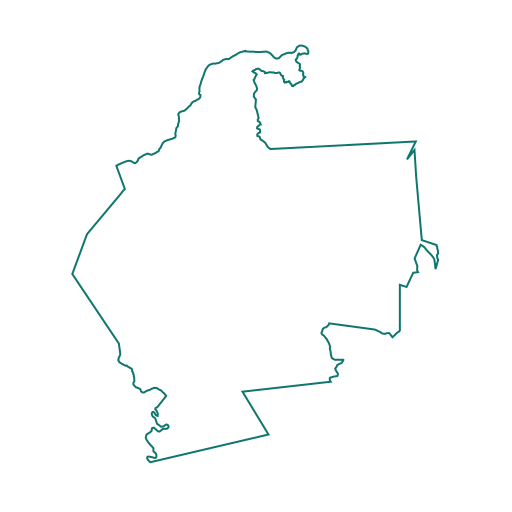 San Juan Lachao, Oaxaca, Mexico (Mercator projection), rotated 274°
{"feature_id": "50627088B81693783238627", "entity_name": "San Juan Lachao", "entity_type": "district", "adm_level": 2, "iso_a3": "MEX", "parent_name": "Mexico", "parent_adm1": "Oaxaca", "projection": "mercator", "projection_center": [-97.102, 16.205], "detail": "fine", "context": "isolated", "style": "outline", "palette": "teal", "viewbox_px": 512, "rotation_deg": 274, "n_neighbors": 0, "source": "geoboundaries", "source_scale": "gbopen_adm2", "svg_char_len": 6072}
<svg xmlns="http://www.w3.org/2000/svg" viewBox="0 0 512 512"><g transform="rotate(274 256 256)"><path d="M336.2,110.4L313.7,120.5L312.8,119.9L311.5,118.6L309.6,117.5L266.0,85.9L225.2,74.0L159.1,125.3L148.6,127.5L145.9,126.7L145.2,126.2L143.6,126.1L142.6,125.8L141.7,126.4L140.7,126.9L139.2,129.5L137.5,133.3L137.7,134.7L136.7,135.8L136.3,136.9L135.6,138.0L135.1,139.5L134.1,140.4L132.3,140.5L130.9,141.6L129.8,141.7L128.9,142.4L127.6,142.4L126.3,143.0L125.0,143.0L123.3,143.4L122.1,143.2L120.9,142.5L119.6,142.6L118.5,143.3L116.8,145.2L115.5,149.2L114.8,150.0L112.9,150.8L112.3,151.6L111.9,152.7L112.2,154.3L113.1,155.1L113.6,156.1L114.0,156.7L115.1,159.4L116.5,161.7L117.4,163.7L117.4,166.2L116.0,168.5L115.4,170.5L113.2,173.0L112.5,174.0L110.2,176.2L99.0,168.6L98.2,167.9L97.2,166.3L96.1,166.2L94.5,167.7L91.9,169.1L89.6,169.0L89.7,168.3L90.5,167.0L91.5,166.2L92.5,165.8L93.3,164.6L93.3,163.9L92.9,163.5L92.0,163.1L90.8,163.1L89.5,163.7L88.7,164.2L87.9,165.6L87.0,166.8L84.5,167.9L81.8,168.9L81.3,169.8L79.8,172.2L79.1,173.1L79.2,174.4L79.9,176.1L81.1,177.3L81.7,178.4L81.3,179.7L80.4,180.5L79.4,180.7L78.1,180.0L77.6,179.4L77.2,178.0L77.3,176.0L77.1,175.7L76.8,174.8L75.7,173.8L75.1,173.0L74.4,172.4L74.1,171.6L74.3,170.5L74.9,169.6L75.7,168.7L77.7,166.0L77.1,164.6L76.8,164.2L75.6,164.2L74.2,164.0L73.8,163.7L72.9,162.8L70.3,159.3L67.5,158.7L66.4,158.9L65.0,159.7L63.1,161.1L60.4,163.6L59.3,164.8L58.7,165.6L57.5,166.7L56.8,167.1L54.0,167.3L53.0,168.6L52.7,169.2L52.0,169.8L50.5,170.5L49.2,170.7L48.0,170.3L47.5,169.4L47.5,168.7L47.8,167.7L48.4,163.8L48.4,162.6L48.2,161.8L47.6,161.5L46.5,161.6L45.1,162.4L42.9,164.9L78.8,280.9L119.7,252.0L135.8,339.3L136.8,338.5L138.1,338.2L139.3,338.1L140.0,338.7L140.3,340.0L141.1,341.8L141.9,345.4L142.7,345.8L143.7,346.0L144.7,345.7L145.7,344.9L146.4,344.6L147.3,343.6L149.3,342.9L151.5,344.3L152.6,344.5L153.6,345.7L155.3,348.9L157.6,350.2L158.3,350.4L158.7,349.6L158.3,348.1L158.3,344.9L158.1,343.5L157.9,342.7L158.4,340.9L158.7,340.2L159.4,339.0L160.7,338.3L162.8,337.6L166.5,336.9L168.6,336.1L170.5,336.3L173.8,335.0L178.4,332.1L178.8,331.5L181.2,329.4L182.4,327.4L183.8,326.6L185.9,327.4L187.7,327.6L188.9,328.7L190.2,331.4L191.1,332.1L192.2,333.2L193.9,333.7L191.0,378.6L190.8,380.1L190.3,381.5L189.6,382.9L188.8,385.5L187.8,386.5L187.5,387.4L187.3,390.0L188.1,391.8L188.3,393.2L188.3,394.4L184.5,397.8L186.6,399.8L188.5,401.4L190.1,403.1L190.5,403.9L191.7,404.7L237.3,401.5L235.6,408.3L250.2,414.0L251.2,418.7L252.1,418.1L253.6,417.7L257.2,417.6L264.6,414.4L278.7,419.5L277.6,421.6L276.2,423.7L274.3,425.3L272.2,427.4L270.3,429.8L267.3,432.7L265.1,434.1L260.2,435.2L255.4,436.0L265.0,438.0L266.2,437.1L269.6,436.4L271.1,437.5L273.9,437.1L275.0,436.8L275.8,436.4L277.7,436.1L278.5,435.5L279.5,435.4L283.4,420.3L345.9,410.3L372.8,406.7L362.9,399.9L381.4,407.4L363.7,262.9L365.4,260.3L369.8,257.1L371.9,253.8L372.5,252.4L374.8,251.6L375.6,250.6L375.6,249.6L375.9,248.9L376.9,248.8L378.0,249.0L379.4,250.6L379.6,251.5L382.1,251.1L382.7,250.7L382.9,249.5L383.4,248.2L384.8,248.2L386.2,249.7L387.3,250.6L387.5,251.5L389.4,250.8L390.2,249.7L390.6,248.5L392.1,248.2L393.6,249.0L395.5,248.5L401.7,246.5L404.3,244.9L412.2,245.0L413.3,243.9L415.1,242.6L417.7,242.7L418.7,243.1L421.6,245.3L423.1,245.4L425.7,244.4L428.9,242.4L431.5,241.3L432.3,242.0L436.4,243.5L437.1,244.1L438.1,243.2L438.7,241.7L439.9,239.6L440.8,240.3L441.6,242.1L442.5,243.0L443.1,245.3L442.8,246.0L440.8,248.9L440.9,250.5L440.0,252.2L439.0,252.3L439.2,253.3L440.3,257.0L440.4,257.6L440.1,259.1L440.4,260.3L439.8,262.4L440.0,263.8L440.7,266.1L440.6,266.8L439.8,267.6L438.8,268.0L437.8,268.8L437.6,270.2L436.9,270.4L436.0,270.3L435.1,270.6L433.9,271.8L433.3,271.6L431.7,271.8L431.0,272.6L431.2,273.8L431.9,274.0L431.8,275.7L432.7,276.6L432.4,277.4L431.6,277.6L430.6,278.2L429.9,279.2L429.1,279.5L428.7,280.0L428.1,280.2L428.1,281.3L428.8,281.5L429.2,282.8L429.8,283.1L430.8,284.3L431.5,285.9L432.2,287.0L432.9,288.2L433.1,289.4L434.8,290.5L436.3,291.1L438.0,292.5L438.3,291.8L438.3,291.0L440.3,290.2L441.6,290.5L442.6,290.2L443.7,289.3L444.0,288.2L443.9,287.1L444.3,286.3L445.4,286.4L447.3,286.9L448.1,286.3L448.9,286.5L450.0,286.5L450.8,286.1L452.2,283.3L453.0,282.5L454.8,281.9L455.4,282.7L456.3,283.3L458.1,283.6L458.5,283.5L459.7,284.0L460.2,284.0L461.0,284.8L459.8,285.9L460.0,286.7L460.6,287.1L461.2,288.6L461.2,289.2L461.6,290.0L461.4,290.9L461.1,292.8L461.2,293.3L461.6,293.9L463.5,294.0L464.7,293.5L465.5,293.0L466.0,293.0L466.8,292.5L467.6,291.4L468.4,290.0L469.1,287.3L468.9,284.8L467.4,282.6L466.1,281.9L465.0,281.6L463.8,281.1L462.1,279.7L461.0,277.5L461.3,276.6L461.0,275.5L460.9,274.5L461.0,274.2L460.4,272.2L459.5,270.6L458.3,267.9L454.9,265.0L454.3,262.8L455.2,260.4L458.7,256.7L459.6,255.3L460.7,252.1L459.7,245.6L459.5,240.8L459.7,239.1L459.4,235.7L459.4,231.1L460.2,231.8L457.9,225.5L456.4,223.2L455.7,222.5L453.4,218.7L451.6,216.4L450.9,215.7L450.4,214.5L450.6,213.0L450.4,212.3L449.4,209.5L448.1,208.4L447.8,207.8L446.3,206.0L445.8,204.8L445.5,203.2L445.1,202.3L444.9,199.5L443.7,196.8L443.2,196.0L441.8,194.7L440.3,193.9L438.7,192.8L433.6,191.3L432.6,191.2L428.6,189.8L426.2,189.2L423.6,188.7L420.9,187.9L418.3,187.9L416.2,188.2L414.8,187.8L414.1,187.9L413.3,188.1L412.7,189.4L411.0,189.4L409.7,188.9L409.2,188.5L408.4,187.7L407.9,186.5L406.5,184.6L405.8,183.0L405.0,181.9L403.0,180.6L401.6,180.1L400.7,178.8L399.1,177.6L396.3,174.9L395.8,174.1L395.5,172.9L394.6,170.8L393.9,169.6L392.0,168.5L389.0,169.5L387.6,169.5L385.6,169.9L384.4,169.7L382.4,169.1L380.1,169.1L378.2,167.7L376.1,167.4L375.3,167.4L372.9,167.0L372.1,167.0L371.3,167.3L369.3,167.4L368.2,166.5L367.9,165.6L367.2,164.5L366.6,162.8L365.3,159.3L363.8,156.6L362.1,155.1L356.9,153.0L356.2,152.2L354.0,151.6L353.2,150.7L352.7,149.7L351.6,148.5L351.0,147.1L349.8,145.1L349.8,143.8L350.6,140.6L348.3,136.2L347.2,135.2L346.4,133.7L345.7,133.0L344.9,131.9L343.6,131.7L341.6,130.7L340.1,128.9L340.4,127.7L341.0,126.5L341.7,125.3L342.1,123.9L342.1,122.6L341.5,120.2L340.1,117.3L339.7,116.2L338.9,114.9L337.4,112.1L336.2,110.4Z" fill="none" stroke="#0f766e" stroke-width="2"/></g></svg>